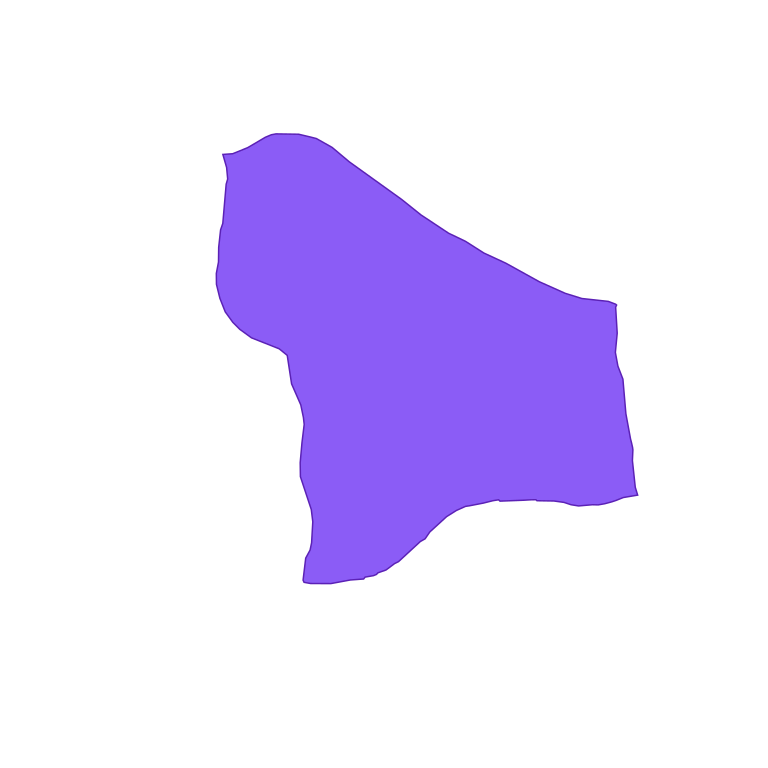 San Sebastián Coatán, Huehuetenango, Guatemala, rotated 38°
{"feature_id": "79465075B42561724893677", "entity_name": "San Sebastián Coatán", "entity_type": "district", "adm_level": 2, "iso_a3": "GTM", "parent_name": "Guatemala", "parent_adm1": "Huehuetenango", "projection": "robinson", "projection_center": [-91.574, 15.801], "detail": "fine", "context": "isolated", "style": "filled", "palette": "violet", "viewbox_px": 768, "rotation_deg": 38, "n_neighbors": 0, "source": "geoboundaries", "source_scale": "gbopen_adm2", "svg_char_len": 1430}
<svg xmlns="http://www.w3.org/2000/svg" viewBox="0 0 768 768"><g transform="rotate(38 384 384)"><path d="M115.7,302.3L126.7,310.3L134.6,318.7L136.6,323.7L158.1,356.7L160.3,363.1L169.6,378.1L178.5,389.8L183.8,400.1L190.6,408.6L201.9,417.5L214.5,424.9L227.0,428.5L236.8,429.7L251.2,429.2L279.7,420.8L290.1,421.0L311.1,440.8L331.3,451.7L341.1,460.0L346.0,465.0L355.4,480.6L366.4,497.6L375.2,508.5L404.0,527.7L412.7,536.4L424.7,553.7L428.0,560.4L429.5,569.4L441.0,588.4L443.1,589.5L449.0,586.4L465.0,574.0L478.1,559.2L488.0,550.2L488.0,547.8L493.7,541.5L495.3,538.7L495.5,536.5L500.1,529.3L502.9,519.0L504.8,515.1L509.6,485.8L511.7,480.7L511.2,472.4L515.0,449.9L518.9,439.1L523.6,430.2L526.2,427.5L535.6,416.7L541.6,409.0L545.6,404.7L547.5,404.9L551.4,401.6L565.5,389.7L570.6,385.2L574.9,381.7L576.4,381.8L589.9,371.6L598.7,366.5L605.7,364.0L612.4,360.3L622.6,350.8L627.2,347.4L631.7,342.4L636.0,336.7L638.6,332.8L640.1,330.2L642.5,326.1L652.3,315.4L645.6,310.7L626.9,291.4L620.7,282.7L619.0,281.0L615.2,277.9L612.2,275.6L592.9,258.5L569.3,233.1L557.3,225.9L546.9,216.7L536.5,200.4L519.2,180.8L518.7,178.6L517.4,178.5L509.9,180.8L487.3,194.8L470.9,201.0L443.4,207.8L405.6,213.8L382.1,219.3L360.3,221.4L342.1,225.4L308.9,228.0L284.1,227.7L219.9,230.3L197.5,229.5L179.6,232.2L173.9,234.7L163.0,239.7L144.9,253.4L141.8,256.9L138.6,262.6L131.1,281.6L123.0,295.7L115.7,302.3Z" fill="#8b5cf6" stroke="#5b21b6" stroke-width="1.5"/></g></svg>